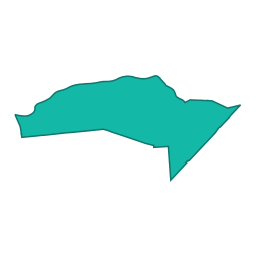 the district of Ozolnieku pag., Ozolnieku, Latvia
{"feature_id": "27541924B82010930676702", "entity_name": "Ozolnieku pag.", "entity_type": "district", "adm_level": 2, "iso_a3": "LVA", "parent_name": "Latvia", "parent_adm1": "Ozolnieku", "projection": "robinson", "projection_center": [23.771, 56.688], "detail": "fine", "context": "isolated", "style": "filled", "palette": "teal", "viewbox_px": 256, "rotation_deg": 0, "n_neighbors": 0, "source": "geoboundaries", "source_scale": "gbopen_adm2", "svg_char_len": 2811}
<svg xmlns="http://www.w3.org/2000/svg" viewBox="0 0 256 256"><path d="M15.4,114.7L15.4,115.1L15.4,115.5L19.9,125.8L20.0,125.8L20.2,126.8L20.4,127.9L20.6,128.9L20.7,129.1L21.3,133.4L21.4,133.6L21.2,133.6L21.8,137.3L26.3,136.9L27.0,136.8L32.8,136.3L37.8,135.8L38.2,135.7L38.3,135.7L43.1,135.2L43.6,135.3L65.5,132.9L70.2,132.5L70.6,132.5L87.3,130.9L103.5,129.2L104.6,129.6L105.7,129.9L106.8,130.2L108.0,130.6L109.2,131.0L110.5,131.4L111.0,131.8L122.6,135.6L146.4,143.7L146.8,143.7L148.9,144.2L149.4,144.4L151.1,144.8L151.5,144.9L153.4,145.4L153.8,145.5L153.7,147.3L156.4,147.2L168.4,146.4L170.8,180.2L186.7,163.2L186.2,163.0L185.8,162.5L187.6,160.6L188.0,161.0L189.0,160.3L189.3,160.4L208.1,140.4L215.0,133.1L217.3,129.9L218.1,128.8L218.9,127.7L219.7,127.3L220.2,126.8L220.5,126.9L220.8,126.5L221.9,125.3L222.8,124.4L223.5,123.6L224.1,123.0L229.1,117.8L228.8,117.6L229.9,116.4L230.9,115.2L231.3,114.8L231.5,114.5L232.7,113.3L234.1,111.8L234.9,110.9L235.4,110.4L235.9,109.9L236.4,109.3L236.9,108.8L237.4,108.3L237.9,107.7L238.4,107.2L238.9,106.7L240.1,105.4L240.6,105.0L232.9,106.9L229.2,107.7L227.6,108.1L211.9,100.8L210.0,100.8L208.0,100.5L207.3,100.4L206.8,100.6L203.6,100.5L202.4,100.4L201.4,100.3L200.5,100.3L199.2,100.3L198.7,100.3L197.3,100.2L195.7,100.1L194.1,100.1L190.2,99.9L189.5,100.2L188.5,100.8L187.4,101.3L187.1,101.4L185.7,102.2L185.0,102.6L184.4,101.6L183.0,100.3L181.5,99.4L179.4,98.6L178.1,97.7L176.6,96.9L175.8,95.4L175.2,93.4L174.7,92.1L173.6,90.1L172.6,89.2L171.2,88.2L168.8,86.9L167.7,86.3L166.5,85.8L165.8,85.3L165.2,84.4L164.6,83.7L164.2,83.1L163.5,82.5L162.8,81.7L162.2,80.9L161.4,80.2L160.8,79.4L160.3,78.8L159.7,78.0L158.1,76.6L156.9,76.0L155.4,75.8L154.4,76.0L154.2,76.1L152.5,76.7L150.8,77.3L149.2,77.8L147.7,78.3L146.4,78.5L145.1,78.7L144.0,78.7L142.2,78.7L140.6,78.6L137.4,78.0L135.6,77.7L134.3,77.3L132.8,76.8L131.3,76.5L129.6,76.4L128.0,76.2L125.9,76.3L124.5,76.6L122.1,77.0L121.1,77.4L120.4,77.6L120.2,77.7L119.8,77.9L118.8,78.2L116.8,79.3L115.6,79.9L114.3,80.3L112.9,80.8L111.1,81.1L109.9,81.3L108.7,81.4L107.1,81.5L105.9,81.5L104.7,81.5L102.7,81.6L101.8,81.7L100.3,82.0L97.7,82.5L95.7,82.9L94.1,83.1L92.4,83.3L91.0,83.5L89.0,83.6L86.6,83.7L84.4,83.9L79.5,84.3L75.3,85.0L73.8,85.4L72.5,85.8L71.3,86.3L69.0,87.3L66.4,88.7L65.6,89.0L64.8,89.3L63.7,89.7L62.6,90.1L61.3,90.3L60.7,90.5L59.8,90.8L58.8,91.0L58.0,91.3L57.2,91.7L56.1,92.2L55.1,92.9L54.4,93.5L53.7,94.2L52.6,95.4L52.1,95.9L51.9,96.1L51.3,96.8L49.8,98.2L49.5,98.4L46.3,100.2L44.6,101.1L43.6,101.5L42.1,102.1L40.5,102.7L38.2,103.6L37.1,104.2L36.1,105.2L35.4,106.0L35.1,106.6L34.9,107.3L35.0,109.1L34.4,111.1L34.1,111.7L33.2,112.7L32.2,113.5L31.2,114.2L30.3,114.8L29.2,115.2L28.2,115.7L25.8,116.0L24.5,116.1L22.4,115.9L21.3,115.8L19.0,115.5L16.3,114.9L15.4,114.7Z" fill="#14b8a6" stroke="#0f766e" stroke-width="1.5"/></svg>